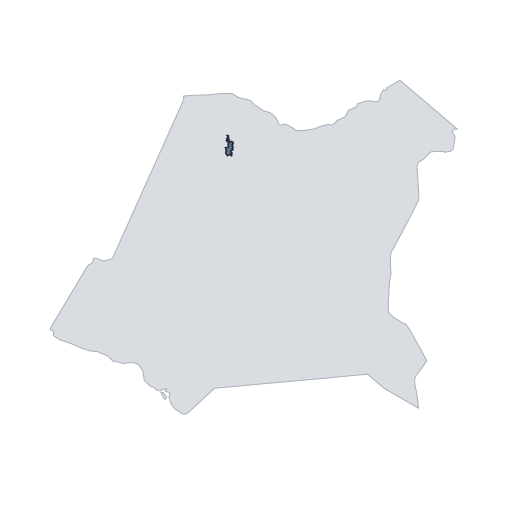 location of Tinderet, Rift Valley, Kenya, rotated 85°
{"feature_id": "3690345B14310804681504", "entity_name": "Tinderet", "entity_type": "district", "adm_level": 2, "iso_a3": "KEN", "parent_name": "Kenya", "parent_adm1": "Rift Valley", "projection": "mercator", "projection_center": [35.153, -0.008], "detail": "fine", "context": "in_parent", "style": "filled", "palette": "slate", "viewbox_px": 512, "rotation_deg": 85, "n_neighbors": 0, "source": "geoboundaries", "source_scale": "gbopen_adm2", "svg_char_len": 5200}
<svg xmlns="http://www.w3.org/2000/svg" viewBox="0 0 512 512"><g transform="rotate(85 256 256)"><path d="M90.4,314.3L90.3,307.2L91.3,289.2L91.2,273.4L92.1,265.5L96.0,260.4L97.8,256.8L99.1,251.7L101.1,247.5L105.8,244.2L106.6,242.3L111.5,236.7L114.5,229.4L116.7,226.9L119.4,224.7L121.4,223.5L124.6,222.3L127.2,221.6L127.6,221.0L127.8,219.8L127.0,215.3L128.1,213.9L129.8,210.9L131.7,208.1L133.5,206.3L134.5,204.4L135.0,201.3L135.1,199.0L135.0,195.4L134.5,187.0L132.4,180.1L131.1,172.3L132.1,169.7L130.4,165.1L129.6,164.9L128.3,163.9L126.6,159.6L125.3,155.7L124.5,154.7L118.9,151.2L116.1,143.1L113.0,141.3L111.4,133.2L111.0,130.9L112.8,122.9L112.6,121.0L110.8,119.3L105.5,117.6L101.3,114.3L101.9,113.1L102.2,111.9L99.9,111.1L93.5,97.3L101.8,89.1L110.2,80.7L121.0,70.1L130.9,60.3L139.5,51.9L147.1,44.4L146.9,45.8L147.0,47.7L147.9,48.9L149.5,49.7L151.7,48.8L153.6,47.6L155.4,47.4L166.9,50.5L168.8,53.3L168.7,56.2L169.2,58.3L168.3,60.5L167.4,66.9L167.6,72.9L171.1,77.3L174.1,80.7L176.6,85.5L178.4,87.0L180.9,87.8L188.8,88.0L200.4,88.3L211.7,88.6L212.7,88.7L215.1,89.4L225.4,95.9L234.9,101.9L242.9,107.1L250.6,112.1L258.2,117.0L264.1,121.1L269.8,122.4L279.2,122.9L285.7,123.1L291.7,124.9L300.7,126.4L307.3,127.3L311.3,128.2L322.5,129.1L324.4,128.6L329.3,124.1L334.8,116.7L336.9,112.7L344.1,108.7L356.6,103.1L365.4,99.1L375.3,95.1L379.7,98.6L385.9,104.1L388.6,106.8L390.8,108.0L394.2,108.9L398.2,108.9L400.5,108.7L405.0,108.0L415.6,107.4L421.7,107.4L416.6,114.8L410.5,123.5L399.2,139.7L390.6,148.2L384.1,154.6L383.5,155.8L383.5,163.0L383.6,180.5L383.8,215.5L383.9,250.4L384.0,285.4L384.1,302.9L384.1,308.8L389.8,316.1L395.4,323.3L402.7,332.8L406.7,337.9L407.3,339.6L407.1,343.0L401.1,350.2L396.1,353.4L389.4,355.0L387.4,354.7L384.8,353.6L383.8,355.4L383.0,358.0L381.5,357.5L380.4,356.7L381.1,361.4L381.8,363.7L380.8,366.9L377.5,369.7L377.2,372.0L370.2,378.1L360.3,378.8L355.1,381.8L352.7,384.3L351.0,389.7L351.6,398.0L348.8,404.4L348.3,407.7L343.1,411.8L340.9,415.6L339.2,419.5L337.7,421.2L336.0,429.9L333.6,435.2L332.9,437.0L332.4,438.5L330.5,441.6L329.3,443.8L328.4,445.2L322.4,458.7L317.6,464.9L313.9,464.2L311.5,466.5L311.2,467.6L309.9,467.0L306.8,464.8L300.4,460.2L294.0,455.6L287.7,451.0L281.3,446.4L274.9,441.8L268.5,437.2L262.2,432.6L255.8,428.0L252.1,425.3L250.4,423.7L249.1,420.5L248.5,419.7L246.8,418.7L244.8,418.5L244.2,417.9L244.2,416.4L244.9,414.2L247.3,410.0L247.5,407.5L247.1,404.7L246.3,400.2L245.7,399.1L241.5,396.8L232.6,391.8L223.8,386.9L214.9,381.9L206.1,377.0L197.2,372.0L188.4,367.1L179.5,362.2L170.7,357.2L161.9,352.3L153.0,347.3L144.2,342.4L135.3,337.4L126.5,332.5L117.6,327.6L108.8,322.6L99.9,317.7L96.6,315.8L93.6,314.3L90.4,314.3ZM384.8,362.3L383.2,362.6L384.0,360.3L388.6,357.2L390.4,357.9L390.8,358.6L390.7,359.2L389.9,359.9L384.8,362.3Z" fill="#d9dde1" stroke="#a8b0b8" stroke-width="1"/><path d="M133.5,274.0L133.6,273.9L133.9,273.8L134.1,273.8L134.0,273.7L134.3,273.8L134.5,273.9L135.1,273.6L135.5,273.6L135.5,273.4L136.0,273.6L136.3,273.8L136.3,274.0L136.3,274.8L138.4,274.8L138.5,274.9L138.4,275.0L138.5,275.0L138.6,275.3L138.7,275.2L138.9,275.0L139.0,274.9L139.3,274.8L139.3,274.7L139.5,274.6L139.7,274.4L139.8,274.4L139.9,274.2L140.0,273.8L140.1,273.7L140.2,273.4L140.2,273.2L140.1,272.9L140.4,272.8L141.9,273.9L142.0,274.0L142.3,274.2L142.5,274.1L142.7,273.9L142.8,273.9L143.0,273.9L143.3,273.8L143.3,273.7L143.3,273.8L143.5,273.8L143.5,273.7L143.5,273.8L143.8,273.8L143.9,273.7L144.0,273.6L144.3,273.7L144.3,273.8L144.5,273.8L144.8,273.9L144.9,274.0L145.0,274.1L145.3,275.1L145.4,275.4L145.4,277.0L145.7,276.9L147.4,276.7L147.6,276.7L147.8,276.6L148.7,276.1L149.4,276.7L149.6,276.8L149.8,277.0L150.0,277.2L150.6,277.1L151.4,277.1L151.7,276.9L151.8,276.9L152.1,276.6L152.6,276.2L153.6,275.8L152.8,273.8L152.8,273.5L153.0,272.9L153.1,272.4L153.6,272.2L154.1,271.8L154.0,271.5L153.4,271.5L152.7,271.5L152.2,271.1L151.4,270.9L151.3,271.9L151.2,271.9L151.1,272.0L151.0,271.9L150.9,271.9L150.7,272.0L150.6,271.9L150.4,271.8L150.2,271.8L149.9,271.8L149.8,272.0L149.7,272.0L149.4,272.1L149.2,272.2L148.8,271.8L148.6,271.4L148.5,270.4L148.2,269.8L147.3,269.6L146.9,270.2L146.7,270.2L146.3,270.0L146.2,269.9L146.0,269.7L145.9,269.6L145.7,269.6L145.4,269.7L145.2,269.5L145.0,269.4L144.9,269.4L144.7,269.6L144.7,269.9L144.7,270.0L144.4,270.2L144.3,269.9L144.2,269.9L143.9,269.9L143.7,269.9L143.5,270.0L143.4,270.0L143.4,269.9L143.2,269.8L142.9,269.8L142.8,269.6L142.7,269.5L142.5,269.4L142.4,269.2L142.2,269.3L142.2,269.2L141.9,268.9L141.6,269.3L140.5,269.0L140.4,269.1L140.4,269.4L140.4,269.5L140.3,269.8L140.2,269.9L140.1,270.0L140.1,270.3L140.0,270.5L139.9,270.5L139.7,270.6L139.6,270.8L139.7,271.0L139.8,271.2L139.8,271.3L139.9,271.5L140.0,271.5L140.1,271.8L140.0,272.0L139.9,272.2L139.7,272.5L139.7,272.8L139.3,273.0L139.2,272.9L138.9,272.9L138.8,273.0L138.7,273.0L138.3,273.0L138.2,273.2L137.9,272.9L137.9,273.0L137.9,273.3L137.9,273.5L137.7,273.8L137.6,273.7L137.4,273.7L137.3,273.8L137.2,273.8L136.9,273.7L136.7,273.7L136.4,273.6L136.2,273.5L136.1,273.4L136.1,273.2L136.0,272.9L135.8,273.0L135.6,273.0L134.6,273.1L134.4,273.0L134.2,273.0L133.8,273.0L133.7,273.2L133.6,273.3L133.4,273.5L133.5,273.8L133.5,274.0Z" fill="#64748b" stroke="#1e293b" stroke-width="1.5"/></g></svg>